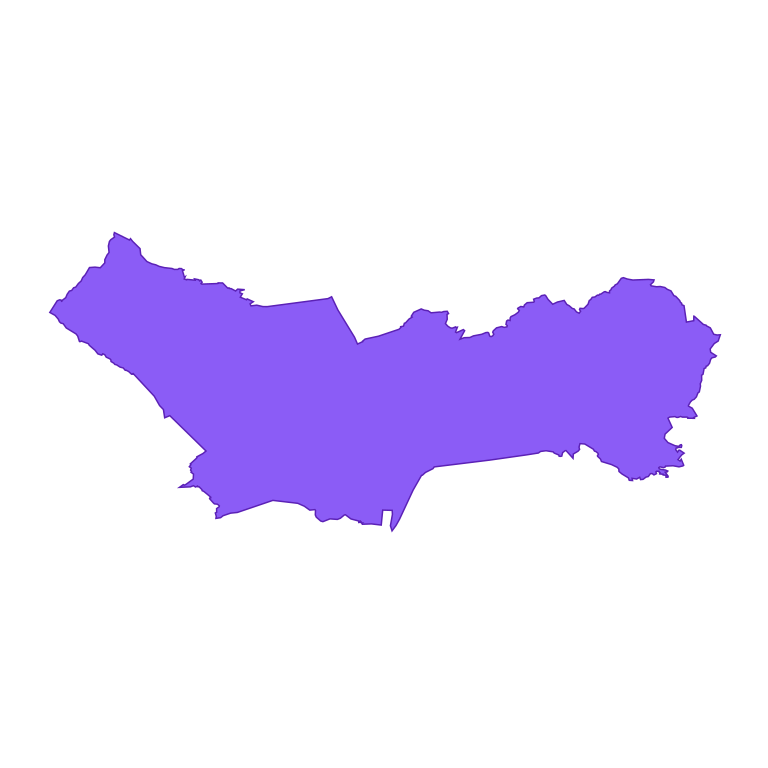 Acatlán, Hidalgo, Mexico, rotated 91°
{"feature_id": "50627088B55512763165299", "entity_name": "Acatlán", "entity_type": "district", "adm_level": 2, "iso_a3": "MEX", "parent_name": "Mexico", "parent_adm1": "Hidalgo", "projection": "equal_earth", "projection_center": [-98.445, 20.205], "detail": "fine", "context": "isolated", "style": "filled", "palette": "violet", "viewbox_px": 768, "rotation_deg": 91, "n_neighbors": 0, "source": "geoboundaries", "source_scale": "gbopen_adm2", "svg_char_len": 6080}
<svg xmlns="http://www.w3.org/2000/svg" viewBox="0 0 768 768"><g transform="rotate(91 384 384)"><path d="M410.5,70.5L402.8,75.4L400.8,79.2L400.0,79.2L396.6,77.3L394.7,75.5L393.9,73.6L391.4,71.4L387.5,70.0L386.4,68.6L380.6,67.5L378.3,67.8L374.8,66.4L369.7,66.6L368.7,65.2L362.9,64.2L362.3,62.6L360.6,62.2L360.1,60.8L357.6,58.9L353.6,57.8L352.1,56.5L351.2,53.2L350.1,52.2L346.6,57.9L343.3,58.5L337.8,54.5L335.2,50.6L328.9,48.6L329.2,51.8L328.5,55.2L322.2,58.7L320.2,62.6L319.6,62.9L318.9,65.7L310.9,74.9L310.8,75.4L315.3,75.4L316.8,82.7L300.4,85.4L299.6,87.5L298.1,87.8L297.0,89.1L295.4,89.8L291.3,93.8L290.6,95.7L285.9,98.7L284.4,102.4L282.6,104.9L281.7,109.5L282.0,113.2L281.2,118.6L280.1,119.3L277.2,116.4L275.2,115.8L274.8,121.4L275.7,137.0L274.8,142.5L273.5,146.5L274.2,148.6L279.7,152.4L281.0,154.7L282.1,155.3L284.2,158.1L285.8,158.7L287.0,160.1L288.9,160.1L288.4,163.4L287.8,163.9L287.9,165.3L290.4,168.9L290.4,169.9L291.5,170.9L291.4,172.2L293.3,174.7L293.7,177.3L296.1,178.9L296.9,180.2L300.7,181.4L304.7,185.1L305.1,186.2L304.9,189.3L306.2,189.8L307.8,188.7L309.8,190.1L308.6,192.8L305.6,195.2L305.2,197.0L302.5,200.2L301.3,202.6L297.3,205.3L299.0,212.0L301.3,216.7L296.5,221.5L292.8,223.9L292.2,224.8L292.9,228.1L295.2,230.6L295.4,232.9L296.6,235.9L298.8,235.2L299.6,235.7L300.2,242.3L302.6,245.0L304.5,245.6L304.1,248.6L305.8,251.4L306.4,251.7L308.1,250.0L309.9,251.0L312.5,254.4L314.4,258.2L315.8,259.0L318.3,259.0L317.9,261.2L318.9,262.5L322.3,263.1L323.4,261.8L324.7,262.1L325.3,264.8L324.5,267.3L325.9,272.5L328.9,275.6L330.3,276.2L332.3,275.1L334.0,276.2L334.7,277.6L334.6,278.6L333.9,279.3L331.2,280.2L330.6,281.1L330.8,283.0L332.6,287.2L334.3,295.4L336.0,298.9L336.3,304.6L337.9,308.8L329.3,304.3L328.2,305.6L331.4,312.4L330.8,313.4L325.9,311.6L326.2,313.8L325.8,313.8L327.0,316.8L326.7,318.6L325.1,321.2L322.5,323.6L318.2,321.9L313.3,322.2L312.5,320.7L310.2,322.0L310.5,325.6L311.3,327.6L311.1,329.7L312.0,338.2L310.0,341.2L309.5,345.0L308.3,348.1L311.8,355.5L315.7,357.9L316.6,357.0L318.6,360.1L322.5,363.5L322.9,364.7L325.8,365.5L326.4,368.3L327.1,368.1L329.0,369.9L336.3,390.4L339.4,403.7L341.6,406.2L342.0,406.0L344.5,411.2L337.7,414.3L310.8,431.4L297.7,437.9L299.6,441.5L308.7,502.2L308.7,506.5L307.4,512.6L308.2,518.4L306.2,519.3L304.0,516.1L301.3,522.3L302.2,522.9L299.7,529.2L296.3,527.2L295.3,529.7L293.5,529.7L292.1,524.9L291.7,532.0L293.6,534.0L291.3,538.5L291.2,540.4L290.6,540.6L290.8,542.0L285.8,547.1L285.8,551.6L286.3,551.6L286.5,552.8L287.3,567.9L286.8,568.7L285.4,567.6L283.3,569.0L284.1,570.2L283.0,570.9L282.2,575.3L283.5,574.7L282.8,582.8L283.3,583.1L282.5,585.6L280.3,584.7L280.8,585.4L274.2,587.5L273.2,585.3L273.4,586.8L272.1,588.7L272.1,590.9L273.0,592.2L273.1,595.7L272.2,598.0L271.5,605.5L270.3,610.9L268.8,614.3L267.9,618.2L265.7,623.2L259.0,629.5L252.9,630.3L245.8,637.8L243.1,640.0L244.5,641.0L237.3,656.2L239.5,656.7L241.8,656.0L244.5,659.7L246.2,661.0L250.8,662.0L257.3,661.2L259.8,663.1L264.5,665.3L267.8,665.3L272.7,669.7L272.2,675.0L272.7,680.5L280.0,684.6L282.8,687.1L286.3,688.6L288.8,691.3L292.5,693.9L293.2,696.0L295.9,697.9L296.6,700.2L299.9,702.4L303.2,703.7L305.9,707.1L306.7,707.4L306.9,707.8L305.7,708.4L305.5,709.8L306.5,712.2L318.3,719.4L321.1,714.1L324.7,710.9L327.4,709.6L328.7,708.2L329.3,705.8L333.5,702.7L339.3,692.8L341.4,691.1L346.7,689.3L347.0,688.8L346.4,687.2L348.9,680.2L350.5,679.3L355.3,673.5L358.9,670.6L360.1,666.7L358.7,665.7L359.6,663.7L362.0,662.2L363.7,658.4L364.7,657.5L366.3,657.3L367.9,654.5L369.1,653.5L369.5,651.7L371.7,648.2L372.5,645.0L374.8,643.0L374.8,641.9L376.0,639.5L378.6,636.6L378.6,635.5L378.2,635.7L377.9,635.0L400.2,613.5L409.5,608.0L413.4,604.1L421.6,602.7L419.4,597.6L454.1,560.8L456.6,563.7L460.1,569.9L460.9,569.7L462.0,570.7L467.3,576.3L468.1,575.7L470.1,577.2L471.5,575.2L473.5,575.9L474.7,574.9L475.6,575.4L477.4,572.9L482.4,573.1L488.0,580.5L488.6,581.9L488.1,582.9L490.9,586.7L490.2,575.7L489.0,572.8L490.3,570.6L489.3,568.6L490.1,568.2L490.0,567.1L492.8,564.2L493.8,564.0L494.6,562.2L500.1,555.3L500.7,555.2L501.0,556.2L501.7,556.4L505.8,552.6L506.8,551.5L507.1,548.4L508.7,546.5L509.5,546.6L511.5,549.2L515.2,549.1L515.9,550.4L519.2,549.4L521.3,549.7L520.5,545.0L518.5,542.6L515.8,535.1L515.0,528.4L502.3,493.1L504.8,468.1L507.6,461.5L511.4,456.0L510.8,450.9L511.5,450.3L516.1,450.4L518.3,449.4L522.1,444.9L522.7,442.7L519.8,435.7L520.2,428.2L519.0,425.3L515.6,421.3L515.4,420.3L519.5,414.7L521.4,407.0L522.9,406.8L522.6,405.1L521.8,405.9L521.4,405.4L522.3,404.4L523.2,404.3L523.3,403.1L523.8,403.7L524.6,403.2L524.1,394.1L525.1,384.3L510.1,383.1L510.2,373.6L514.2,373.3L525.6,375.1L530.7,373.4L525.2,369.5L518.9,366.1L489.5,353.0L474.7,344.9L474.5,344.0L471.7,341.0L467.8,333.6L466.0,332.3L458.2,276.7L452.4,240.4L450.3,228.4L448.7,226.3L447.9,220.8L448.9,213.7L450.1,212.6L451.9,208.0L453.1,207.7L453.3,206.6L453.0,205.0L449.5,204.2L447.5,201.7L447.4,200.8L455.0,193.7L450.7,193.5L447.8,188.8L446.0,187.3L443.7,187.9L440.2,187.0L440.5,182.2L445.5,173.6L447.4,172.4L448.0,170.7L449.6,168.8L450.9,168.5L451.6,169.3L452.6,169.2L455.2,166.3L457.7,165.2L460.6,155.1L463.2,149.4L464.8,147.8L467.4,147.5L469.8,144.5L473.6,138.0L476.0,137.1L476.2,133.8L474.0,134.3L474.6,129.7L472.8,126.7L475.1,125.8L474.8,123.3L472.5,120.4L471.9,118.1L469.0,116.1L468.9,114.3L470.2,112.5L468.9,110.0L467.1,110.6L466.5,110.0L466.5,107.4L467.3,107.3L467.7,106.5L469.1,106.8L469.4,103.3L470.1,103.3L470.3,100.6L472.3,100.4L472.2,98.7L470.6,98.9L472.4,98.4L471.2,98.3L467.3,101.3L466.8,99.1L466.1,98.7L465.1,101.1L464.5,105.8L463.9,107.4L462.8,107.8L462.0,106.6L462.8,103.0L462.0,101.3L461.2,101.1L460.7,93.6L461.7,87.6L460.7,83.7L460.0,82.9L454.0,85.5L455.9,86.6L454.5,88.8L449.8,85.2L447.9,82.7L445.0,87.1L445.1,88.1L447.0,89.3L444.5,91.2L442.8,90.7L442.7,89.3L442.2,89.0L442.2,85.6L440.4,85.2L439.5,85.6L439.7,86.7L441.2,88.3L440.6,92.0L437.6,99.1L433.4,102.8L429.2,102.1L422.4,95.1L413.2,99.5L412.1,97.9L411.5,92.4L412.2,91.1L412.3,89.6L411.3,86.9L411.9,85.1L411.8,80.5L412.2,79.6L412.9,79.7L412.9,73.2L412.1,73.7L410.5,70.5Z" fill="#8b5cf6" stroke="#5b21b6" stroke-width="1.5"/></g></svg>